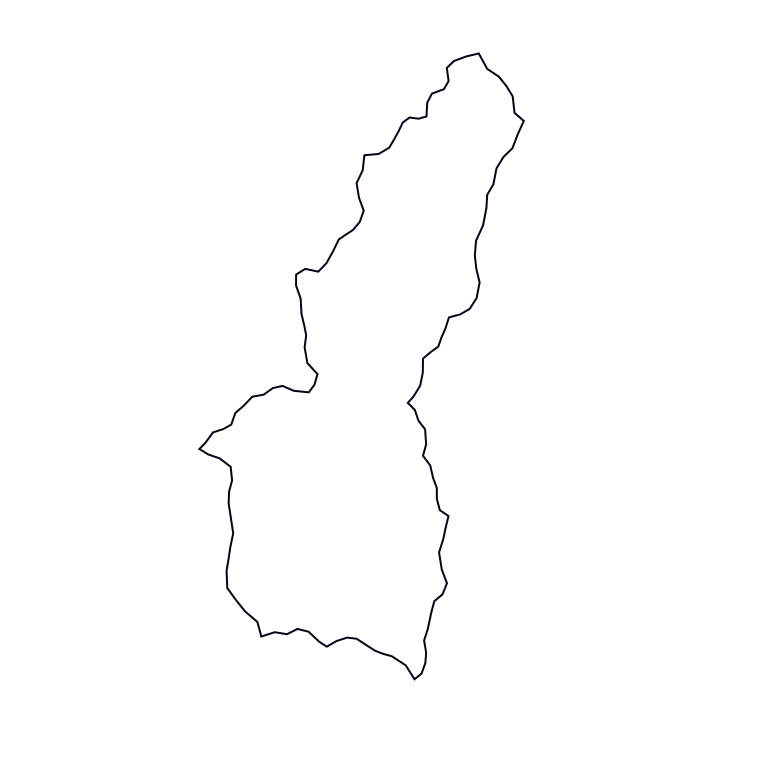 the district of Vieiras, Minas Gerais, Brazil, rotated 344°
{"feature_id": "56859067B62398779566024", "entity_name": "Vieiras", "entity_type": "district", "adm_level": 2, "iso_a3": "BRA", "parent_name": "Brazil", "parent_adm1": "Minas Gerais", "projection": "natural_earth1", "projection_center": [-42.278, -20.911], "detail": "fine", "context": "isolated", "style": "outline", "palette": "ink", "viewbox_px": 768, "rotation_deg": 344, "n_neighbors": 0, "source": "geoboundaries", "source_scale": "gbopen_adm2", "svg_char_len": 1830}
<svg xmlns="http://www.w3.org/2000/svg" viewBox="0 0 768 768"><g transform="rotate(344 384 384)"><path d="M572.4,192.8L581.3,181.0L590.9,169.7L584.2,159.3L587.0,143.0L583.9,131.6L579.1,120.2L570.1,109.6L566.2,92.4L553.5,91.8L540.2,92.8L531.5,97.5L529.6,110.6L522.9,117.1L510.1,118.1L503.1,125.5L498.6,138.5L490.4,138.5L482.0,134.9L474.0,137.9L467.9,144.9L460.8,152.0L454.1,158.3L442.2,161.4L428.2,158.7L422.5,172.6L413.0,183.4L411.3,198.1L412.3,211.8L405.3,221.6L396.4,227.5L388.4,229.9L380.4,232.6L371.8,242.2L362.0,252.0L351.8,257.9L340.0,251.6L329.7,254.6L326.6,265.0L327.4,278.9L324.0,294.0L323.5,305.4L322.6,315.8L317.8,326.9L316.1,342.8L322.8,356.2L316.9,365.6L309.4,371.3L295.3,365.6L286.0,357.9L276.0,357.3L265.4,361.1L253.9,359.9L243.2,366.2L233.1,370.9L226.0,380.9L217.3,383.0L206.3,383.4L196.1,391.3L188.6,395.6L195.8,403.4L205.4,410.1L213.8,421.3L211.4,434.8L205.4,444.8L201.8,455.8L200.1,468.9L197.9,486.0L191.2,498.7L186.5,509.1L181.2,520.1L177.1,537.0L182.1,550.7L187.7,564.2L196.7,577.8L196.5,592.9L210.6,592.5L221.8,597.8L233.3,595.6L243.2,601.3L250.5,613.6L256.5,620.7L267.5,618.0L278.6,617.6L287.4,621.3L295.0,630.1L302.0,638.0L308.7,643.1L316.4,647.8L327.4,660.5L331.9,676.2L340.3,672.7L346.9,663.5L350.5,653.8L351.8,641.7L358.5,631.7L366.3,617.0L372.5,606.6L382.3,602.3L389.6,592.9L388.4,578.3L390.5,561.1L398.2,549.5L403.1,540.1L409.6,528.7L402.9,520.7L403.1,509.1L406.1,498.7L405.3,487.7L406.0,475.2L401.7,463.8L407.9,453.6L411.0,438.9L407.0,428.7L406.5,417.5L401.7,408.7L409.1,404.0L418.3,395.6L424.5,383.6L428.5,370.3L438.6,365.8L446.5,363.0L452.0,355.2L458.1,347.9L464.8,337.9L476.3,338.1L487.1,335.4L496.6,327.1L503.9,312.8L504.5,298.7L506.7,285.6L512.0,271.6L522.9,258.9L530.9,243.2L535.4,230.5L544.2,222.2L551.6,207.7L561.4,198.7L572.4,192.8Z" fill="none" stroke="#020617" stroke-width="2"/></g></svg>